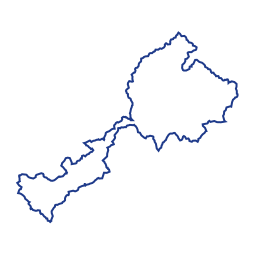 Concepcion, Junín, Peru, rotated 3°
{"feature_id": "86281439B60815042130101", "entity_name": "Concepcion", "entity_type": "district", "adm_level": 2, "iso_a3": "PER", "parent_name": "Peru", "parent_adm1": "Junín", "projection": "natural_earth1", "projection_center": [-75.231, -11.807], "detail": "fine", "context": "isolated", "style": "outline", "palette": "blue", "viewbox_px": 256, "rotation_deg": 3, "n_neighbors": 0, "source": "geoboundaries", "source_scale": "gbopen_adm2", "svg_char_len": 5842}
<svg xmlns="http://www.w3.org/2000/svg" viewBox="0 0 256 256"><g transform="rotate(3 128 128)"><path d="M101.8,180.0L104.9,179.6L106.4,173.9L109.2,173.9L111.9,172.6L111.2,170.4L110.1,169.9L109.8,168.8L108.9,168.8L108.4,168.1L108.3,167.1L107.5,165.1L106.4,163.8L106.1,162.9L105.2,162.5L104.5,161.7L108.6,157.5L108.6,154.6L109.4,151.3L109.0,149.5L108.4,148.7L111.0,147.4L112.2,145.9L113.5,145.6L114.7,145.0L114.4,144.2L112.9,142.4L113.9,141.4L115.5,138.9L115.6,137.7L115.0,136.6L115.0,135.7L117.8,132.0L118.3,130.6L118.2,128.7L119.2,128.4L120.3,128.7L120.9,127.9L121.7,127.6L123.1,127.8L124.4,127.3L126.0,127.3L126.8,125.8L127.2,125.5L128.3,125.4L129.6,124.8L133.1,124.9L134.0,124.5L134.5,125.2L135.4,125.6L136.8,127.4L137.6,129.1L138.2,131.7L140.2,132.1L141.7,134.6L145.0,137.0L146.3,137.4L147.3,135.4L149.0,135.3L150.4,134.6L153.1,135.0L153.7,135.3L153.9,135.9L153.7,137.5L155.2,139.1L155.3,140.3L156.7,142.3L157.8,147.0L159.7,149.1L160.8,146.9L162.2,145.9L162.5,143.6L163.0,142.9L163.5,140.7L164.4,140.4L165.7,138.6L166.4,138.2L167.3,135.5L168.9,132.7L170.0,131.6L170.9,131.3L172.4,131.3L174.2,130.5L175.0,130.5L176.4,132.2L177.6,133.1L178.5,134.4L178.8,135.4L180.7,137.7L182.1,137.2L183.0,135.8L183.4,133.8L184.2,133.1L185.4,133.8L186.7,135.8L188.9,135.3L189.8,136.5L190.0,137.7L190.8,138.0L192.5,138.4L193.5,137.3L196.3,137.0L198.3,138.1L198.9,136.7L198.8,135.3L200.8,133.9L201.3,132.5L202.9,130.4L204.7,128.9L205.8,127.0L206.4,126.9L204.9,123.8L202.7,122.0L202.4,120.4L207.0,119.3L207.5,118.7L207.8,117.5L208.9,116.6L210.0,117.6L213.8,116.5L216.6,117.5L220.5,117.4L224.8,116.4L223.9,115.8L222.3,111.0L223.1,109.3L223.2,106.4L224.6,105.2L225.3,102.3L229.0,101.0L230.0,101.3L230.6,96.7L231.4,94.2L233.0,92.8L233.3,92.0L235.0,91.4L235.7,90.1L235.6,88.5L234.9,88.1L234.7,85.2L233.7,83.1L234.2,81.1L234.1,78.3L231.8,76.5L229.2,76.0L228.7,76.1L228.1,76.8L227.0,76.8L226.0,77.8L225.7,75.4L225.1,74.3L224.4,74.2L223.3,75.0L222.3,74.7L221.4,75.5L220.6,75.6L220.0,75.3L218.5,73.4L216.3,73.2L215.8,71.7L215.4,71.4L213.2,71.7L212.9,70.9L211.2,69.5L210.5,68.3L209.8,68.2L208.9,68.6L208.0,67.8L207.5,66.0L206.7,65.1L204.9,65.0L204.4,64.0L201.8,62.9L201.6,61.5L199.9,59.9L198.4,58.9L195.8,58.3L193.2,56.3L191.5,56.5L189.9,60.6L188.3,61.6L188.3,63.4L187.0,63.2L186.4,63.5L186.3,65.8L183.0,67.6L180.8,67.7L179.9,67.3L178.9,65.2L179.0,62.0L180.8,60.3L181.7,58.4L181.6,56.3L183.3,55.7L185.0,53.6L183.6,50.0L184.1,49.3L185.1,49.0L187.5,48.9L189.4,47.2L191.6,46.5L192.0,45.9L192.3,43.8L190.5,42.7L188.5,42.3L188.4,40.9L187.8,40.2L186.3,39.5L184.4,39.4L183.0,37.3L181.8,36.8L181.8,35.9L181.0,34.2L179.5,33.1L176.6,33.5L175.0,31.2L173.4,30.1L172.7,31.3L172.5,32.3L171.7,32.7L171.2,33.4L170.8,35.2L169.5,35.4L168.7,36.1L168.4,36.9L166.3,37.4L165.6,39.1L165.8,41.1L165.6,42.1L163.3,42.5L161.9,41.4L161.3,41.5L160.4,42.8L160.6,44.1L159.8,45.6L157.4,47.2L155.8,46.8L154.2,48.2L151.4,48.3L150.9,49.8L150.3,50.4L149.6,50.4L148.1,52.0L146.2,52.1L145.4,52.6L144.4,55.2L141.6,55.6L140.0,56.4L139.8,56.9L138.7,57.6L137.5,58.0L137.6,60.6L137.3,61.2L136.1,62.1L135.5,63.3L135.3,65.7L134.7,66.3L134.3,67.2L132.7,67.6L132.1,68.3L132.0,69.1L132.5,70.3L132.1,71.8L131.7,72.4L130.9,72.4L128.8,74.5L129.8,76.4L129.8,78.8L130.5,81.2L129.6,81.6L126.8,81.1L125.7,82.9L125.5,84.3L126.7,87.8L124.4,89.9L124.0,91.1L124.6,92.1L124.8,93.1L126.2,94.1L126.2,95.8L127.0,97.7L128.7,98.4L129.3,99.1L129.4,100.0L131.2,102.7L131.3,105.1L130.8,105.5L130.6,107.1L130.0,108.6L129.5,112.1L129.1,113.2L129.7,114.6L129.9,116.9L130.6,118.5L132.2,120.0L130.4,120.1L128.9,118.7L127.8,118.9L126.5,117.8L125.7,117.8L125.3,117.1L124.7,117.0L123.8,117.3L123.0,117.0L122.2,117.4L121.4,118.2L121.8,119.5L121.1,121.2L117.9,123.1L117.1,122.7L116.6,122.9L115.6,123.7L115.2,124.8L114.1,125.9L114.0,126.7L114.7,129.4L113.2,129.5L111.7,130.2L109.6,132.1L107.1,133.2L106.1,134.1L105.9,136.0L104.5,139.2L104.9,140.6L104.7,141.2L102.9,140.0L100.7,141.3L99.8,141.3L99.1,140.8L98.4,141.3L97.3,141.4L95.6,142.3L94.0,142.6L92.1,143.9L90.9,142.6L90.5,142.5L86.6,144.8L85.0,145.3L86.8,146.7L87.1,147.5L87.7,147.5L89.3,148.3L89.9,149.2L91.3,150.0L92.1,151.0L93.2,150.4L94.5,152.0L93.3,153.7L92.6,153.8L90.9,154.8L90.5,155.8L88.4,156.7L86.8,158.6L85.1,157.7L83.6,158.3L83.5,160.9L82.5,160.8L81.8,162.5L81.2,163.1L79.9,163.3L78.7,164.1L78.4,165.6L77.8,166.1L73.7,167.0L73.7,165.6L71.5,161.1L69.3,160.8L67.4,161.4L66.3,163.9L64.0,166.6L63.8,168.1L63.3,169.0L63.6,169.5L65.1,170.4L67.5,173.1L68.4,173.6L68.6,175.1L69.4,175.3L69.9,175.1L69.4,175.6L69.1,176.7L67.7,176.8L65.5,179.6L62.9,180.3L62.5,180.0L62.0,180.4L61.4,180.2L58.1,183.3L56.8,184.2L55.1,184.7L53.6,184.6L51.7,183.4L51.1,183.5L49.2,181.8L47.7,181.6L46.7,181.1L46.1,180.3L46.2,179.3L45.6,178.2L43.8,177.7L39.0,179.6L38.4,180.5L38.4,181.9L36.1,183.4L33.1,182.9L31.6,182.4L30.6,181.7L29.2,180.1L28.7,179.9L24.6,179.7L22.8,181.1L22.0,180.9L21.8,181.1L21.8,181.9L22.4,184.2L22.4,185.8L22.8,186.8L20.3,188.6L22.3,191.1L24.8,192.6L24.2,194.7L23.1,194.9L22.5,196.0L21.7,198.8L23.5,199.0L25.0,199.6L27.1,201.0L28.4,202.3L29.1,204.1L31.3,205.6L32.8,207.0L33.5,207.2L32.9,207.9L32.6,208.9L34.8,211.1L35.2,212.3L34.8,213.3L35.1,214.1L36.4,213.7L37.3,214.8L40.1,215.5L41.3,215.4L42.2,214.8L44.3,215.0L44.9,217.7L45.6,218.4L46.1,218.1L47.3,218.7L48.9,220.7L50.3,221.5L51.1,222.7L52.1,222.6L52.7,224.8L54.1,224.9L55.2,225.9L56.3,224.8L56.0,224.3L57.5,219.9L56.3,217.0L56.1,215.1L58.2,211.4L59.2,210.4L59.2,209.0L60.2,208.4L61.5,208.5L63.3,207.4L66.1,206.5L66.6,205.4L68.0,204.6L68.9,203.4L68.8,201.4L69.3,199.9L70.3,198.4L71.2,198.1L72.0,198.2L72.3,197.9L72.4,196.5L72.0,194.8L76.5,193.5L78.5,194.0L79.2,193.8L80.9,192.8L81.4,192.2L81.7,190.4L82.3,189.8L85.5,188.2L87.3,187.8L87.7,186.2L88.0,186.2L88.7,187.5L89.3,186.9L91.9,186.2L92.6,185.7L95.2,184.8L96.7,183.6L98.2,181.7L99.1,181.2L100.1,179.9L101.3,179.4L101.8,180.0Z" fill="none" stroke="#1e3a8a" stroke-width="2"/></g></svg>